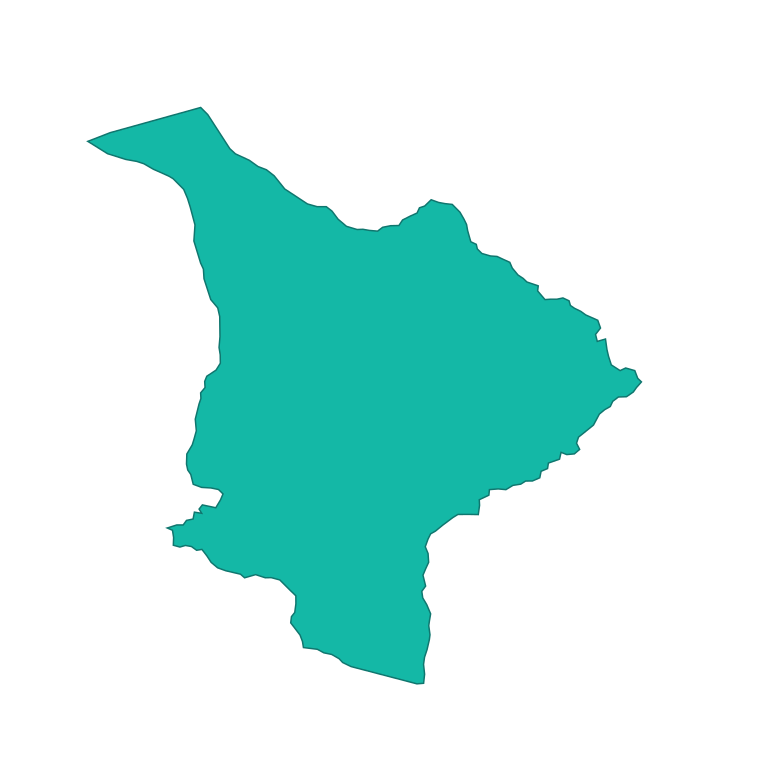 outline of Portelândia, Goiás, Brazil, rotated 81°
{"feature_id": "56859067B45598066883188", "entity_name": "Portelândia", "entity_type": "district", "adm_level": 2, "iso_a3": "BRA", "parent_name": "Brazil", "parent_adm1": "Goiás", "projection": "robinson", "projection_center": [-52.695, -17.338], "detail": "fine", "context": "isolated", "style": "filled", "palette": "teal", "viewbox_px": 768, "rotation_deg": 81, "n_neighbors": 0, "source": "geoboundaries", "source_scale": "gbopen_adm2", "svg_char_len": 2830}
<svg xmlns="http://www.w3.org/2000/svg" viewBox="0 0 768 768"><g transform="rotate(81 384 384)"><path d="M391.8,157.9L385.0,158.4L374.2,158.2L375.3,166.7L368.1,167.3L362.6,161.4L354.5,162.9L347.3,174.0L343.0,178.3L339.1,183.9L335.6,187.6L330.8,188.2L327.0,193.8L327.3,199.9L326.3,206.3L325.8,211.8L316.1,217.7L311.2,216.3L305.6,226.9L301.5,230.0L297.3,234.6L289.5,239.2L283.5,240.7L279.5,246.8L275.7,252.4L274.2,258.8L270.4,266.9L265.2,270.7L260.5,271.0L257.1,276.0L252.4,276.6L245.5,277.4L239.4,277.5L233.8,279.2L226.2,282.1L217.3,288.5L215.4,295.5L213.2,301.7L209.4,308.6L214.6,316.0L215.5,321.4L220.3,324.6L222.2,331.6L224.9,340.0L229.8,344.5L228.7,352.7L229.0,360.8L232.0,366.4L230.0,374.5L227.9,380.6L227.2,386.4L222.4,396.4L214.0,403.6L205.1,408.3L199.8,413.3L198.4,422.3L194.2,431.4L175.9,451.5L161.2,459.9L154.0,466.6L149.5,474.4L142.0,482.0L133.4,494.8L127.4,499.5L90.4,515.9L82.2,521.8L92.9,615.0L98.0,638.6L113.3,621.0L121.8,603.9L125.5,593.3L128.9,586.7L135.8,578.2L144.9,564.2L148.2,560.2L160.4,551.4L170.1,549.0L179.0,547.7L197.3,545.8L213.0,549.4L235.9,546.2L242.2,544.4L251.9,545.3L273.5,541.9L282.8,536.3L291.7,535.7L311.6,538.6L322.1,541.2L329.6,541.2L337.9,542.4L344.0,547.7L348.6,557.8L353.4,560.7L359.5,561.3L364.1,566.5L369.7,567.1L374.8,569.8L389.2,575.9L400.9,576.7L408.8,580.3L414.1,582.9L422.3,589.7L432.2,591.6L438.2,591.3L443.1,589.0L453.2,588.1L457.6,580.3L459.6,571.2L462.3,564.0L467.4,560.2L473.0,563.7L479.9,569.5L475.0,582.3L478.6,586.2L483.2,584.3L480.9,591.3L487.5,593.7L487.8,600.4L491.8,604.4L490.8,610.8L492.3,620.6L495.4,615.8L502.7,615.8L510.3,617.3L513.1,611.1L512.4,605.4L514.4,599.6L518.9,595.1L518.9,589.7L526.1,585.8L533.2,582.6L539.5,577.1L543.7,569.5L549.4,555.5L553.6,552.0L552.2,540.6L556.8,531.6L557.6,525.7L561.2,517.6L573.3,508.8L579.4,504.2L587.3,505.4L595.7,507.9L599.3,511.8L605.3,513.5L618.8,506.2L625.6,504.8L631.7,504.8L635.6,491.3L640.1,485.5L642.9,478.0L648.3,471.3L652.6,468.4L657.9,460.8L660.2,455.6L685.3,398.4L685.8,391.7L677.0,389.3L667.1,388.8L660.2,386.7L653.0,383.0L643.6,379.2L638.9,377.8L629.7,377.6L625.1,376.2L618.3,373.9L608.6,376.3L601.3,379.2L594.7,379.1L590.1,374.5L584.0,375.0L578.9,375.4L573.1,371.8L567.1,367.8L558.3,367.0L551.2,368.7L544.1,364.8L539.3,361.4L537.3,356.1L532.7,348.3L526.7,336.9L524.4,331.4L526.1,320.3L527.7,311.3L518.8,308.6L513.2,308.0L510.2,297.8L504.8,296.4L505.5,287.6L507.4,280.1L504.3,272.5L504.3,264.6L502.0,259.3L503.0,252.6L501.0,244.8L494.8,242.5L493.1,235.7L487.8,234.0L485.7,222.4L479.2,219.8L482.3,214.5L482.8,206.9L479.2,201.0L472.6,203.1L466.9,200.2L461.7,191.1L457.3,183.5L447.4,176.0L443.9,170.1L441.6,164.0L436.9,160.8L433.5,154.5L434.5,146.5L430.9,139.0L427.0,135.2L422.2,129.4L418.1,132.5L410.0,134.2L406.0,142.8L407.7,148.7L400.7,156.5L391.8,157.9Z" fill="#14b8a6" stroke="#0f766e" stroke-width="1.5"/></g></svg>